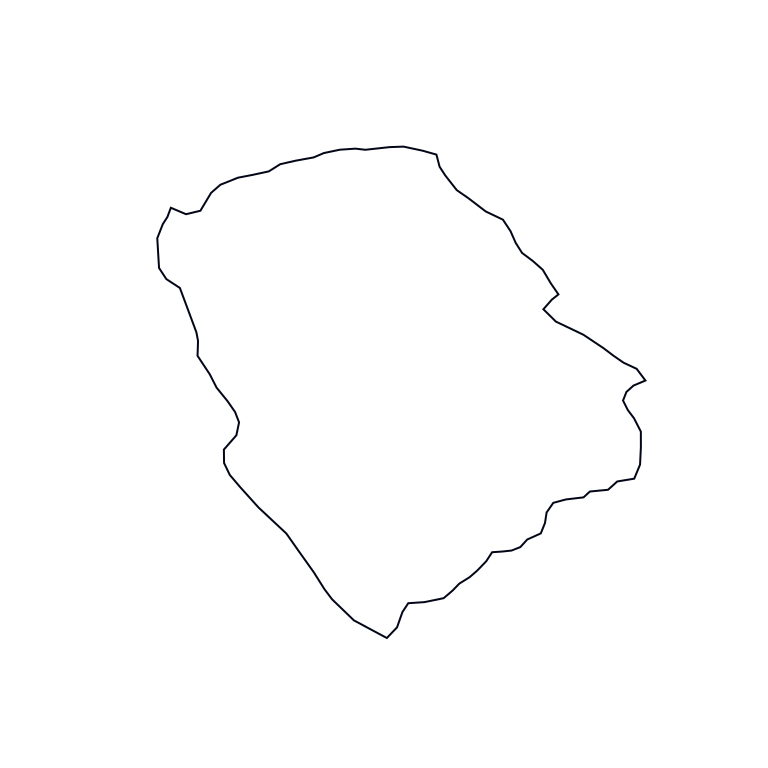 the district of Santa Clara d'Oeste, São Paulo, Brazil, rotated 294°
{"feature_id": "56859067B75197166096167", "entity_name": "Santa Clara d'Oeste", "entity_type": "district", "adm_level": 2, "iso_a3": "BRA", "parent_name": "Brazil", "parent_adm1": "São Paulo", "projection": "equal_earth", "projection_center": [-50.906, -20.066], "detail": "fine", "context": "isolated", "style": "outline", "palette": "ink", "viewbox_px": 768, "rotation_deg": 294, "n_neighbors": 0, "source": "geoboundaries", "source_scale": "gbopen_adm2", "svg_char_len": 1390}
<svg xmlns="http://www.w3.org/2000/svg" viewBox="0 0 768 768"><g transform="rotate(294 384 384)"><path d="M155.8,452.7L153.1,489.9L167.0,494.9L183.1,493.6L193.6,495.3L201.2,509.7L212.6,525.6L223.0,530.6L232.3,534.0L242.2,540.7L251.3,545.0L263.7,549.5L274.3,551.2L278.9,559.9L283.7,568.2L290.5,574.9L300.2,578.1L311.3,588.0L322.5,587.6L332.8,584.8L344.3,587.0L352.5,597.1L361.6,612.4L369.5,615.8L378.5,631.7L389.8,636.7L399.3,651.1L414.5,650.7L430.7,644.4L445.0,638.0L454.4,626.3L459.4,617.3L466.1,609.1L475.4,608.7L484.1,612.6L493.5,621.4L500.6,608.7L500.9,594.1L503.2,582.0L506.0,570.0L510.1,546.1L510.9,515.7L517.1,499.2L529.3,503.0L536.8,506.9L543.9,495.3L552.9,482.6L556.9,469.9L559.9,456.8L566.5,446.9L575.1,437.4L582.5,425.8L583.0,406.8L588.1,385.3L590.7,371.6L599.4,355.2L605.1,346.4L614.9,338.6L612.8,324.2L608.8,305.3L602.7,292.8L590.4,271.7L587.4,262.2L580.1,248.4L570.5,235.1L562.4,227.6L552.1,212.5L542.6,199.8L531.4,192.3L521.6,178.9L513.0,166.6L499.5,153.5L488.3,148.3L467.6,145.8L458.6,134.1L458.3,117.6L448.4,118.2L440.2,116.9L424.9,117.6L398.5,131.3L391.3,142.5L388.7,158.5L354.9,191.6L347.7,196.6L333.9,202.2L322.0,220.9L312.6,232.5L304.7,248.0L297.8,259.4L290.0,267.2L277.1,270.0L259.0,264.4L246.8,270.0L238.2,280.1L231.4,294.3L220.1,319.7L207.7,355.6L196.5,374.3L183.4,396.5L172.3,413.1L166.2,424.1L155.8,452.7Z" fill="none" stroke="#020617" stroke-width="2"/></g></svg>